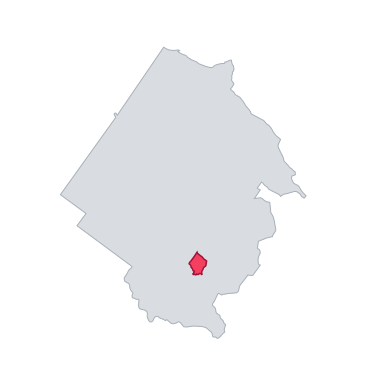 At Tawisha, North Darfur, Sudan (highlighted), rotated 306°
{"feature_id": "16777658B99134318369126", "entity_name": "At Tawisha", "entity_type": "district", "adm_level": 2, "iso_a3": "SDN", "parent_name": "Sudan", "parent_adm1": "North Darfur", "projection": "albers", "projection_center": [26.309, 12.46], "detail": "fine", "context": "in_parent", "style": "filled", "palette": "rose", "viewbox_px": 384, "rotation_deg": 306, "n_neighbors": 0, "source": "geoboundaries", "source_scale": "gbopen_adm2", "svg_char_len": 5235}
<svg xmlns="http://www.w3.org/2000/svg" viewBox="0 0 384 384"><g transform="rotate(306 192 192)"><path d="M256.1,286.4L253.2,286.5L252.8,285.8L252.8,283.8L253.1,282.4L254.1,280.0L253.8,278.7L253.9,276.9L253.1,274.9L245.8,269.2L244.4,267.6L240.5,266.2L241.2,264.5L239.3,252.3L240.0,250.9L240.2,248.8L240.1,246.9L240.9,243.8L241.0,242.4L233.5,242.5L233.4,243.9L233.8,245.4L233.8,246.0L223.4,246.3L227.7,250.9L227.9,253.0L227.7,255.6L227.8,257.3L228.1,258.4L229.2,260.5L229.2,260.9L228.9,261.4L221.6,267.9L220.4,270.9L219.5,272.5L217.4,275.1L210.7,282.0L209.6,282.5L204.4,282.8L203.9,283.0L203.5,283.3L203.2,283.3L198.7,279.4L191.2,274.7L186.3,277.2L184.9,278.2L184.9,280.5L184.2,281.7L182.9,283.0L179.2,283.8L177.3,284.5L175.1,285.9L172.9,288.0L172.7,289.2L173.0,290.2L160.3,290.2L159.5,289.4L157.6,285.9L156.3,286.1L144.8,285.7L143.1,286.1L139.8,287.6L138.2,287.8L136.5,287.2L130.4,280.1L129.1,279.2L127.7,277.5L126.4,276.8L126.0,276.3L125.9,275.5L125.9,274.0L125.5,273.0L124.5,272.8L116.4,274.4L115.2,274.2L113.5,274.5L112.9,274.8L112.2,275.7L112.1,277.6L111.9,278.6L111.3,279.7L108.9,282.1L108.4,283.1L108.5,285.7L108.4,287.1L108.0,287.7L107.0,288.7L106.6,289.3L106.2,292.7L104.9,294.7L104.6,295.4L104.5,296.9L104.3,297.3L100.6,298.5L99.2,299.2L98.4,300.4L98.1,300.8L96.6,300.4L94.6,300.1L90.7,299.7L89.2,299.2L88.4,298.3L88.7,296.3L88.3,295.9L87.7,295.5L87.3,294.6L87.4,293.5L89.5,291.2L89.9,289.9L90.5,284.0L90.3,282.2L88.8,278.8L85.1,273.0L84.3,271.9L79.7,267.1L79.2,266.4L78.1,264.4L79.4,260.0L79.5,258.8L79.2,257.6L78.0,256.6L77.0,256.5L75.6,255.3L74.8,254.7L74.0,253.7L73.5,252.3L73.9,247.1L73.7,246.4L72.5,246.2L72.2,245.8L72.3,244.8L71.7,241.9L71.0,239.4L71.4,238.1L70.5,236.3L68.6,235.4L65.0,236.0L63.8,235.9L63.0,235.5L62.5,234.8L62.2,234.0L62.5,232.8L63.6,230.7L64.9,228.9L67.6,227.3L68.3,226.4L68.7,225.5L68.8,224.3L68.6,223.2L68.3,222.1L67.6,220.7L66.9,219.0L66.9,217.9L67.3,217.1L68.0,216.1L70.6,214.2L73.3,212.7L73.7,212.1L73.6,211.5L72.4,210.1L72.0,207.6L71.4,205.9L72.7,204.5L73.8,204.1L75.3,203.7L75.9,203.1L76.1,202.1L76.1,201.1L76.7,200.3L77.4,198.7L78.0,198.0L80.1,196.1L80.6,194.9L80.7,193.7L80.2,190.2L81.4,188.7L82.9,187.5L85.0,187.6L88.4,187.4L90.6,186.9L92.3,186.9L95.9,187.6L96.3,187.3L96.5,186.4L97.1,118.8L112.1,118.9L112.3,118.8L112.5,87.1L206.8,86.5L207.6,86.4L209.0,83.4L209.6,83.2L210.6,83.3L211.0,84.0L210.2,86.4L292.5,84.0L292.8,87.6L293.6,90.4L296.1,94.5L298.2,96.6L299.0,97.8L299.1,98.4L299.0,98.9L298.4,98.4L297.3,98.0L297.3,99.9L297.9,103.9L298.9,106.6L298.4,109.2L298.6,113.6L299.9,118.8L299.8,122.2L301.9,129.9L303.7,134.2L304.7,135.2L305.8,135.7L307.8,136.0L310.8,138.1L313.2,140.3L314.1,141.5L315.3,142.8L316.1,142.5L316.5,142.2L317.4,143.2L321.2,145.4L321.8,146.4L320.5,147.6L319.0,149.5L318.4,151.2L318.0,151.8L316.8,152.9L316.6,153.4L316.1,153.8L315.5,153.8L314.3,154.5L313.1,154.3L312.0,154.7L311.6,155.1L310.7,155.5L309.4,155.8L307.6,157.3L305.9,158.1L305.4,158.7L304.6,161.6L304.0,162.4L301.5,162.6L300.3,162.8L298.6,162.6L297.8,162.7L297.6,163.3L297.4,165.8L297.5,166.8L296.2,169.7L296.8,175.0L295.6,179.0L295.4,179.9L294.2,183.1L293.5,184.3L292.0,190.2L291.4,192.0L290.0,194.0L292.0,208.0L290.9,212.3L291.1,214.7L290.3,218.2L289.7,219.8L288.6,221.8L287.8,224.0L287.0,226.9L286.7,232.3L286.4,232.8L282.0,233.7L280.6,234.1L279.6,234.7L278.5,236.2L276.4,240.0L275.2,242.4L273.4,245.7L271.3,248.0L270.9,249.1L270.6,251.2L269.9,254.4L269.2,256.8L269.4,258.6L268.8,261.8L269.0,263.4L268.2,264.3L267.2,265.2L266.5,265.4L263.3,263.3L261.1,264.9L259.8,267.0L258.8,269.2L259.5,273.6L259.5,274.6L259.2,275.6L257.2,280.1L256.7,282.1L256.1,285.6L256.1,286.4Z" fill="#d9dde1" stroke="#a8b0b8" stroke-width="1"/><path d="M144.7,244.4L144.7,244.2L144.7,243.8L144.8,243.5L144.8,243.2L144.8,242.7L144.8,242.3L144.8,242.1L144.7,241.4L144.7,241.1L144.8,240.9L144.9,240.6L144.9,240.3L145.0,240.1L145.5,238.0L145.5,237.3L145.5,237.1L145.4,236.7L145.4,236.4L145.4,236.2L145.4,235.6L145.4,235.4L145.5,235.2L145.5,234.7L145.5,234.3L145.5,233.9L145.5,233.6L145.6,233.2L145.6,232.7L145.8,232.3L145.9,232.1L146.0,231.9L146.3,231.5L143.4,231.6L141.8,231.7L136.2,231.7L133.8,231.5L133.2,231.5L132.6,231.7L132.2,231.9L132.1,232.7L132.0,233.6L131.3,235.0L130.5,235.6L130.4,236.2L130.3,237.0L130.1,237.5L129.4,238.5L129.0,239.3L129.2,239.5L129.2,240.0L129.2,240.3L129.2,240.5L128.7,240.8L128.2,240.7L127.9,240.7L127.8,240.8L127.6,240.9L127.3,241.0L127.2,241.0L126.9,241.0L126.7,241.0L126.6,240.9L126.4,240.9L126.4,241.0L126.2,241.0L126.0,241.3L126.1,241.6L126.2,241.8L126.3,241.9L126.3,242.0L126.6,242.3L126.8,242.4L126.9,242.6L127.0,242.6L127.0,242.8L127.1,243.1L127.1,243.4L127.1,243.5L127.3,243.9L127.6,243.9L127.8,243.9L128.1,243.9L128.3,244.0L128.3,244.3L128.4,244.6L128.6,244.9L128.7,245.1L128.8,245.3L128.9,245.5L129.0,245.6L129.8,245.8L130.1,245.8L130.4,245.9L130.5,246.2L130.6,246.3L130.9,246.7L131.0,246.9L131.0,247.0L131.2,247.4L131.0,248.3L131.5,248.4L131.6,248.1L132.0,247.6L132.3,247.4L133.0,246.9L133.6,246.6L134.6,246.5L135.1,246.4L135.6,246.4L136.5,246.1L137.6,245.8L138.1,245.9L138.5,246.0L138.9,246.2L139.8,246.4L140.3,246.5L140.8,246.4L141.4,246.1L142.6,245.4L142.8,245.4L143.0,245.3L143.9,244.7L144.5,244.5L144.6,244.4L144.7,244.4Z" fill="#f43f5e" stroke="#9f1239" stroke-width="1.5"/></g></svg>